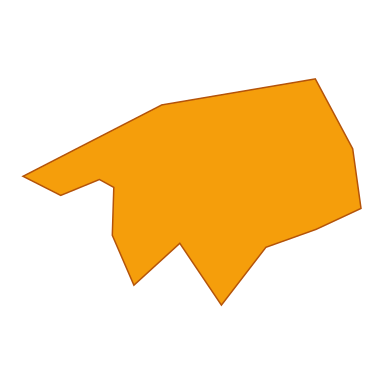 outline of Serravalle
{"feature_id": "SMR-4886", "entity_name": "Serravalle", "entity_type": "state/province", "adm_level": 1, "iso_a3": "SMR", "parent_name": "San Marino", "parent_adm1": "", "projection": "orthographic", "projection_center": [12.461, 43.967], "detail": "fine", "context": "isolated", "style": "filled", "palette": "amber", "viewbox_px": 384, "rotation_deg": 0, "n_neighbors": 0, "source": "natural_earth", "source_scale": "10m", "svg_char_len": 307}
<svg xmlns="http://www.w3.org/2000/svg" viewBox="0 0 384 384"><path d="M315.3,78.9L352.7,148.8L361.0,208.4L316.2,229.3L265.9,247.3L221.4,305.1L179.8,243.3L133.9,285.2L112.3,235.3L113.8,187.4L99.4,179.5L60.7,195.4L23.0,176.3L161.8,104.9L315.3,78.9Z" fill="#f59e0b" stroke="#b45309" stroke-width="1.5"/></svg>